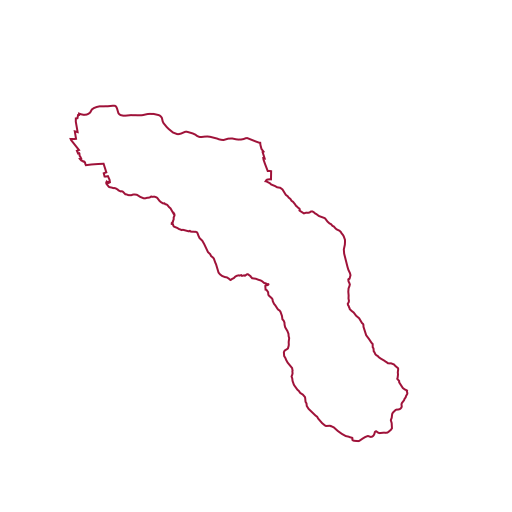 Alunis, Mures, Romania (Natural Earth projection), rotated 53°
{"feature_id": "2599482B15275919271112", "entity_name": "Alunis", "entity_type": "district", "adm_level": 2, "iso_a3": "ROU", "parent_name": "Romania", "parent_adm1": "Mures", "projection": "natural_earth1", "projection_center": [24.861, 46.884], "detail": "fine", "context": "isolated", "style": "outline", "palette": "rose", "viewbox_px": 512, "rotation_deg": 53, "n_neighbors": 0, "source": "geoboundaries", "source_scale": "gbopen_adm2", "svg_char_len": 6095}
<svg xmlns="http://www.w3.org/2000/svg" viewBox="0 0 512 512"><g transform="rotate(53 256 256)"><path d="M72.5,338.2L74.8,338.0L76.0,337.1L76.8,337.1L77.1,336.4L77.4,336.3L78.5,336.3L79.7,336.9L81.1,337.2L83.9,332.3L87.4,326.9L90.6,322.2L99.1,325.2L98.3,327.8L101.4,329.1L102.1,328.3L103.1,326.2L107.0,327.1L109.2,328.3L108.9,329.9L108.7,330.1L107.7,329.7L107.4,330.2L107.5,330.7L106.8,330.6L107.1,331.3L108.0,331.9L108.4,332.0L112.2,331.9L112.8,331.6L114.6,330.0L115.9,329.1L116.7,328.0L117.9,327.2L119.9,326.4L120.7,326.4L122.4,325.5L123.1,325.1L123.5,324.2L124.6,323.6L128.1,323.2L128.8,322.4L130.6,321.3L132.4,319.0L132.9,317.3L133.6,316.2L134.8,314.9L135.6,314.2L139.1,312.9L142.3,311.0L143.3,309.7L143.9,308.1L145.0,306.3L145.4,305.1L145.4,303.9L146.2,303.4L147.4,301.5L147.8,301.2L149.3,300.2L150.2,299.9L153.9,299.9L155.8,299.5L158.2,298.5L158.8,297.4L160.1,297.3L160.9,296.5L161.9,296.1L164.7,296.0L166.5,295.6L172.7,296.4L172.5,295.9L173.5,296.0L174.6,296.7L175.7,298.6L176.8,299.4L177.4,300.0L178.0,301.1L178.5,301.5L178.7,302.2L179.1,302.4L179.1,302.9L178.9,303.2L179.0,303.5L179.7,304.0L180.3,303.3L180.7,303.2L182.0,303.8L183.2,303.8L186.2,302.0L188.3,301.2L189.5,300.3L190.3,300.0L190.6,299.7L190.7,299.2L191.3,298.4L195.8,294.9L196.0,294.6L195.9,294.1L196.1,293.7L197.4,293.3L200.5,289.5L201.6,288.9L202.7,289.0L204.9,289.7L207.7,290.3L211.5,289.7L215.3,290.2L224.0,292.0L227.0,291.5L229.0,291.9L231.3,291.3L232.6,291.2L236.8,292.5L238.6,292.9L246.7,295.9L248.9,295.8L251.5,295.1L254.1,293.5L255.6,292.1L257.8,291.3L259.4,291.0L259.9,290.7L259.9,289.2L260.3,286.9L260.0,285.1L260.2,283.4L261.0,281.5L261.3,281.2L261.7,281.0L262.4,279.3L263.4,279.2L264.4,277.0L264.6,276.8L265.1,276.7L265.2,274.2L265.6,273.5L268.8,272.5L269.4,272.7L270.2,272.5L271.4,272.5L274.1,269.8L276.4,268.4L278.3,267.0L279.9,266.3L282.6,265.7L283.7,264.6L284.8,264.4L285.9,263.1L286.2,263.2L286.3,263.6L286.2,264.3L285.3,265.9L285.3,266.3L285.5,266.6L288.6,268.6L289.0,268.2L289.7,268.0L292.2,268.1L294.1,269.3L295.1,269.6L299.4,268.8L300.5,268.9L302.2,269.8L305.1,270.4L307.0,270.3L311.2,270.6L312.5,270.5L313.5,270.0L315.2,270.0L319.4,271.3L322.5,273.0L324.2,272.8L326.2,273.3L328.2,274.6L330.5,275.6L334.9,276.1L337.7,276.9L339.7,278.2L341.5,278.9L344.4,281.7L346.6,283.2L347.4,284.0L349.0,286.1L349.1,286.6L348.8,289.7L349.1,290.8L349.7,291.7L352.5,293.5L352.8,293.7L355.6,294.0L356.7,294.4L360.1,294.9L367.2,294.6L369.6,295.8L369.9,296.3L371.7,297.4L372.7,298.6L373.6,300.1L375.5,300.7L377.8,302.0L381.2,303.1L382.3,303.3L387.7,303.4L389.5,303.0L392.0,303.1L394.9,302.0L398.1,301.8L399.0,302.2L402.3,304.2L404.1,304.4L406.3,305.7L409.7,306.0L419.2,304.5L421.2,303.9L423.2,304.2L429.2,303.8L432.6,303.0L433.6,302.6L434.1,302.1L436.0,299.2L436.7,298.6L436.9,298.7L437.5,298.2L439.7,297.0L444.9,296.0L449.7,294.5L453.8,292.7L456.1,290.7L456.9,290.3L459.1,288.6L459.5,288.6L460.4,289.4L461.2,289.7L462.2,289.2L463.3,288.1L465.4,285.7L465.8,284.8L466.0,280.5L466.3,277.7L467.0,275.2L467.4,274.7L469.4,273.4L470.1,272.2L470.2,270.9L470.0,269.9L469.5,268.8L468.1,266.9L468.1,265.9L468.3,265.5L470.8,264.7L471.8,263.9L474.1,260.1L475.2,258.9L476.1,257.4L476.2,256.2L476.0,252.9L475.4,251.1L471.1,248.2L468.4,247.2L468.0,246.8L466.9,245.0L464.3,242.5L463.8,241.8L463.4,240.5L463.0,237.2L463.3,236.1L464.1,235.0L464.8,233.4L464.8,232.2L464.5,231.0L463.9,230.2L461.9,229.0L461.2,227.9L460.3,224.6L459.4,223.2L459.0,221.6L458.2,220.6L457.1,218.1L456.5,217.6L454.9,217.0L454.5,216.4L454.1,216.4L452.1,217.5L449.8,218.2L443.1,217.7L442.0,216.9L439.1,217.1L438.4,216.1L436.1,213.9L434.3,212.8L431.9,210.5L431.1,210.1L427.6,210.9L425.6,211.1L422.9,212.8L422.3,213.8L420.9,215.3L419.2,215.6L418.4,216.1L417.1,216.4L412.8,218.2L410.5,218.9L409.3,218.9L407.7,219.6L406.3,219.8L404.1,219.3L403.1,219.4L400.5,217.8L399.1,217.7L396.5,215.8L394.7,216.0L390.3,215.7L385.6,215.7L377.3,212.8L375.5,211.6L374.8,211.4L373.2,211.7L367.8,211.1L364.0,212.0L359.9,212.0L357.4,212.7L354.9,213.1L353.7,212.6L353.1,212.6L351.9,212.1L350.8,212.1L349.4,211.5L348.7,209.8L347.8,208.8L345.6,207.7L343.3,205.8L340.1,203.8L337.6,201.6L336.2,199.4L335.2,198.2L333.7,197.7L332.0,197.4L330.4,196.5L330.1,195.9L330.5,195.2L330.4,194.9L328.2,192.1L326.3,191.3L322.5,190.5L319.8,189.5L307.2,184.2L303.6,181.9L300.5,178.3L298.4,176.5L296.6,175.2L293.1,174.1L291.5,173.9L289.1,174.0L288.2,173.8L286.1,174.1L283.2,175.6L281.8,175.9L279.2,176.1L278.0,176.8L275.8,176.9L274.2,177.7L271.5,178.2L267.7,178.2L267.0,178.4L261.9,181.7L258.7,182.6L257.9,183.1L255.5,183.6L254.2,184.3L253.5,185.4L253.5,187.0L252.8,188.5L251.8,189.6L251.3,190.6L250.8,192.1L246.0,193.9L245.8,193.9L245.4,193.2L244.4,192.8L242.4,193.4L240.6,193.6L239.9,193.9L238.6,193.7L235.0,193.8L233.4,194.4L231.1,194.2L228.9,194.8L227.5,194.7L225.1,195.4L218.8,194.8L216.1,195.6L213.8,197.8L211.6,198.7L207.9,200.9L206.3,201.1L202.5,202.9L202.1,203.3L201.7,202.3L201.7,201.1L202.9,199.0L203.8,197.9L197.4,192.9L196.3,193.9L195.2,195.5L187.6,193.3L183.6,192.0L182.3,191.3L183.3,190.4L177.0,188.2L177.2,187.2L173.8,187.2L169.9,185.6L168.1,184.5L167.4,185.3L164.5,187.2L156.6,192.0L155.8,193.2L155.1,195.6L154.0,197.8L152.5,199.9L150.9,201.6L147.8,204.3L145.8,207.2L145.5,207.7L143.8,212.2L142.3,213.8L140.6,215.3L138.8,216.4L133.2,220.9L131.3,222.9L129.8,225.1L128.0,228.2L126.8,229.6L124.7,230.8L122.6,231.4L120.0,232.8L116.1,235.7L114.7,236.9L114.1,238.1L113.1,242.2L112.2,244.3L111.2,245.6L107.4,248.0L102.0,249.3L99.2,249.7L94.2,249.9L92.3,249.5L89.2,248.1L88.3,248.0L86.9,248.1L85.8,248.4L84.8,249.0L81.0,252.2L78.5,255.4L77.3,257.3L75.3,261.7L74.4,263.2L68.1,271.3L65.3,275.9L64.0,277.6L61.9,279.4L60.3,279.9L59.0,279.9L54.5,278.2L53.1,277.9L52.0,277.9L51.1,278.3L49.9,279.8L47.2,284.3L42.3,290.9L41.1,293.6L40.3,296.4L40.2,298.9L41.6,302.1L41.6,304.2L41.1,306.2L39.7,308.5L37.7,310.3L35.8,311.6L36.9,312.4L36.3,313.2L38.5,315.7L37.7,317.1L40.3,319.1L49.7,323.9L47.4,325.7L54.1,329.2L53.2,330.8L51.0,333.6L52.1,333.9L64.8,333.6L64.2,335.7L67.1,336.4L67.5,335.3L67.8,335.3L69.2,336.2L70.1,336.6L71.2,336.6L73.0,337.0L72.5,338.2Z" fill="none" stroke="#9f1239" stroke-width="2"/></g></svg>